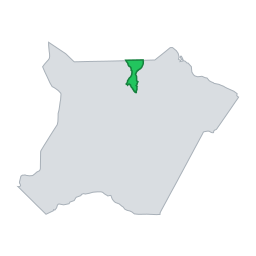 Dadaab, North-Eastern, Kenya shown in context, rotated 269°
{"feature_id": "3690345B19935861804031", "entity_name": "Dadaab", "entity_type": "district", "adm_level": 2, "iso_a3": "KEN", "parent_name": "Kenya", "parent_adm1": "North-Eastern", "projection": "albers", "projection_center": [40.106, 0.062], "detail": "fine", "context": "in_parent", "style": "filled", "palette": "green", "viewbox_px": 256, "rotation_deg": 269, "n_neighbors": 0, "source": "geoboundaries", "source_scale": "gbopen_adm2", "svg_char_len": 6126}
<svg xmlns="http://www.w3.org/2000/svg" viewBox="0 0 256 256"><g transform="rotate(269 128 128)"><path d="M41.0,158.5L40.9,154.8L41.5,145.4L41.5,137.1L42.0,132.9L44.1,130.3L45.0,128.4L45.7,125.7L46.8,123.5L49.2,121.7L49.7,120.8L52.3,117.8L53.8,114.0L55.0,112.7L56.5,111.5L57.5,110.9L59.2,110.3L60.5,109.9L60.8,109.6L60.9,109.0L60.4,106.6L61.0,105.9L61.9,104.3L63.0,102.8L63.9,101.9L64.4,100.9L64.7,99.3L64.7,98.1L64.7,96.1L64.4,91.8L63.4,88.1L62.7,84.0L63.2,82.6L62.4,80.2L61.9,80.1L61.2,79.6L60.4,77.3L59.7,75.2L59.3,74.7L56.4,72.9L54.9,68.6L53.3,67.7L52.5,63.4L52.3,62.2L53.2,58.0L53.1,57.0L52.2,56.1L49.4,55.2L47.2,53.4L47.5,52.8L47.7,52.2L46.5,51.8L43.2,44.5L47.6,40.2L52.0,35.8L57.7,30.3L62.9,25.2L67.4,20.8L71.4,16.9L71.3,17.6L71.3,18.6L71.8,19.2L72.6,19.6L73.8,19.2L74.8,18.6L75.7,18.5L81.7,20.1L82.7,21.6L82.7,23.1L82.9,24.2L82.4,25.4L81.9,28.7L82.1,31.8L83.9,34.2L85.5,36.0L86.7,38.5L87.7,39.3L89.0,39.7L93.1,39.8L99.2,40.0L105.1,40.2L105.6,40.2L106.9,40.6L112.3,44.0L117.2,47.2L121.4,49.9L125.5,52.6L129.4,55.2L132.5,57.3L135.5,58.0L140.4,58.3L143.8,58.4L147.0,59.3L151.7,60.1L155.2,60.6L157.3,61.1L163.1,61.6L164.1,61.3L166.7,58.9L169.6,55.0L170.7,52.9L174.4,50.8L181.0,47.9L185.6,45.8L190.7,43.7L193.1,45.5L196.3,48.4L197.8,49.8L198.9,50.5L200.7,50.9L202.8,50.9L204.0,50.8L206.3,50.5L211.9,50.1L215.1,50.1L212.4,54.0L209.2,58.6L203.3,67.1L198.8,71.6L195.4,75.0L195.1,75.6L195.1,79.3L195.2,88.5L195.2,107.0L195.3,125.4L195.4,143.8L195.5,152.9L195.5,156.0L198.5,159.9L201.4,163.7L205.3,168.7L207.4,171.3L207.7,172.2L207.6,174.0L204.4,177.7L201.8,179.4L198.3,180.3L197.2,180.1L195.9,179.6L195.3,180.5L194.9,181.9L194.1,181.6L193.5,181.2L193.9,183.6L194.3,184.9L193.7,186.5L192.0,188.0L191.9,189.2L188.2,192.4L182.9,192.8L180.2,194.3L179.0,195.6L178.0,198.5L178.4,202.8L176.9,206.2L176.6,207.9L173.9,210.0L172.7,212.0L171.8,214.1L171.1,214.9L170.1,219.5L168.9,222.2L168.5,223.2L168.2,224.0L167.2,225.6L166.6,226.7L166.2,227.4L162.9,234.5L160.4,237.7L158.5,237.3L157.2,238.6L157.0,239.1L156.4,238.8L154.7,237.6L151.4,235.2L148.0,232.8L144.6,230.4L141.3,228.0L137.9,225.6L134.6,223.2L131.2,220.8L127.9,218.4L125.9,217.0L125.0,216.2L124.3,214.5L124.0,214.1L123.1,213.6L122.1,213.5L121.8,213.2L121.8,212.4L122.1,211.2L123.4,209.0L123.5,207.7L123.3,206.2L122.9,203.9L122.6,203.3L120.3,202.1L115.7,199.5L111.0,196.9L106.4,194.3L101.7,191.7L97.1,189.1L92.4,186.5L87.8,183.9L83.1,181.3L78.5,178.7L73.8,176.1L69.2,173.5L64.5,170.8L59.9,168.2L55.2,165.6L50.6,163.0L46.0,160.4L44.2,159.4L42.6,158.6L41.0,158.5ZM195.8,184.1L195.0,184.3L195.4,183.0L197.8,181.4L198.8,181.8L199.0,182.2L198.9,182.5L198.5,182.8L195.8,184.1Z" fill="#d9dde1" stroke="#a8b0b8" stroke-width="1"/><path d="M174.2,138.7L174.5,138.1L174.6,137.8L175.0,137.7L175.4,137.5L175.5,137.4L175.8,137.4L176.5,137.5L176.8,137.5L177.3,137.5L177.6,137.5L177.8,137.4L178.5,137.5L179.0,137.5L179.2,137.4L179.3,137.4L179.6,137.4L179.8,137.3L180.2,137.1L180.7,136.9L181.6,136.4L181.9,136.4L182.0,136.4L182.1,136.5L182.3,136.8L182.5,136.9L182.6,137.0L182.8,137.1L183.0,137.1L183.3,137.2L183.6,137.3L183.8,137.5L184.0,137.7L184.3,137.8L184.5,138.0L184.8,138.3L185.0,138.2L185.1,138.3L185.2,138.5L185.3,138.5L185.4,138.8L185.4,139.0L185.6,139.1L185.6,139.3L186.0,139.6L186.1,139.8L186.2,140.0L186.3,140.0L186.5,140.3L186.7,140.6L186.7,140.8L186.8,141.0L187.0,141.2L187.1,141.5L187.3,141.6L187.5,141.9L188.2,142.5L188.5,142.8L189.0,143.0L190.2,143.6L191.0,144.0L191.3,144.1L191.6,144.2L191.9,144.3L192.0,144.3L192.6,144.4L193.4,144.4L193.6,144.4L193.9,144.5L194.0,144.4L194.7,144.3L195.8,144.3L195.8,130.4L195.8,126.9L195.6,127.0L195.4,127.2L195.1,127.3L194.9,127.4L194.8,127.5L194.7,127.5L194.4,127.6L194.2,127.8L193.9,128.1L193.4,128.5L192.8,128.8L192.7,128.9L192.5,129.0L192.4,129.0L192.0,129.1L191.7,129.1L191.1,129.3L190.9,129.4L190.6,129.5L190.4,129.7L190.2,129.9L190.1,130.0L189.9,130.0L189.7,130.1L189.6,130.4L189.5,130.5L189.3,131.0L189.2,131.0L189.0,131.3L188.9,131.5L188.6,131.7L188.5,131.8L188.3,132.0L188.2,132.0L187.8,132.0L187.6,132.0L187.4,132.0L187.2,132.1L187.0,132.3L186.9,132.3L186.7,132.3L186.4,132.3L186.2,132.2L185.9,132.1L185.7,132.1L185.5,132.3L185.4,132.4L185.3,132.5L185.2,132.7L185.2,132.8L184.9,132.8L184.7,132.9L184.6,133.0L184.2,133.0L183.9,133.0L183.6,132.9L183.4,132.9L183.2,132.9L183.1,133.0L182.9,133.0L182.6,132.9L182.4,132.8L182.1,132.7L181.8,132.7L181.4,132.7L181.1,132.6L180.9,132.4L180.6,132.3L180.2,132.1L179.8,131.9L179.5,131.8L179.3,131.6L179.1,131.5L178.9,131.3L178.7,131.1L178.5,130.8L178.4,130.7L178.1,130.3L177.9,130.2L177.6,129.9L177.2,129.7L176.9,129.6L176.6,129.3L176.2,129.1L175.7,128.7L175.4,128.5L175.3,128.4L175.2,128.4L174.7,128.4L174.4,128.3L174.2,128.3L174.0,128.2L173.6,128.1L173.3,127.9L173.1,127.8L172.9,127.7L172.5,127.4L172.2,127.1L172.1,127.3L171.9,127.2L171.8,127.3L171.7,127.3L171.7,127.5L171.5,127.8L171.2,128.1L170.8,128.4L171.1,128.6L171.3,128.8L171.5,129.0L171.8,129.3L171.9,129.6L171.9,129.8L171.9,130.1L171.5,130.5L171.4,130.8L171.3,130.7L171.2,130.7L171.1,130.8L170.9,131.0L170.6,131.2L170.5,131.3L170.4,131.3L170.2,131.4L169.5,131.8L169.4,131.8L169.2,131.8L168.9,132.0L168.7,132.1L168.5,132.3L168.1,132.8L167.9,132.9L167.7,133.0L167.4,133.2L167.2,133.2L167.0,133.3L166.9,133.3L166.8,133.5L166.7,133.6L166.7,133.8L166.5,134.0L166.4,134.0L166.2,134.1L165.9,134.1L165.7,134.2L165.4,134.2L165.2,134.3L165.2,134.5L164.9,134.6L164.7,134.8L164.7,135.0L164.4,135.2L164.4,135.3L164.2,135.3L163.9,135.4L163.9,135.5L163.8,135.8L163.7,135.9L163.5,136.0L163.4,136.1L163.4,136.3L163.3,136.5L163.2,136.7L163.3,136.9L163.7,136.9L165.0,137.0L165.3,137.1L165.7,137.3L166.0,137.6L166.4,137.6L166.5,137.5L166.6,137.4L166.9,137.5L167.1,137.6L167.4,137.6L167.5,137.6L167.8,137.7L168.4,137.6L168.6,137.6L168.8,137.5L169.0,137.5L169.3,137.5L169.5,137.5L169.7,137.3L169.9,137.2L169.9,137.3L170.0,137.2L170.3,136.9L170.4,137.0L170.5,137.1L170.7,137.3L170.9,137.4L171.0,137.5L171.3,137.6L171.5,137.8L171.8,137.8L171.9,137.7L172.0,137.7L172.0,137.8L172.3,137.9L172.5,138.0L172.8,138.1L173.1,138.2L173.2,138.3L173.3,138.4L173.6,138.5L173.9,138.5L174.0,138.6L174.2,138.7Z" fill="#22c55e" stroke="#15803d" stroke-width="1.5"/></g></svg>